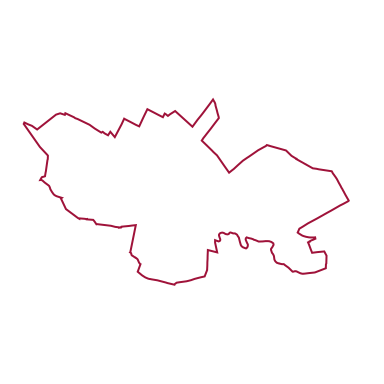 Rūjiena, Rujienas, Latvia, rotated 349°
{"feature_id": "27541924B56820774497213", "entity_name": "Rūjiena", "entity_type": "district", "adm_level": 2, "iso_a3": "LVA", "parent_name": "Latvia", "parent_adm1": "Rujienas", "projection": "mercator", "projection_center": [25.348, 57.894], "detail": "fine", "context": "isolated", "style": "outline", "palette": "rose", "viewbox_px": 384, "rotation_deg": 349, "n_neighbors": 0, "source": "geoboundaries", "source_scale": "gbopen_adm2", "svg_char_len": 5426}
<svg xmlns="http://www.w3.org/2000/svg" viewBox="0 0 384 384"><g transform="rotate(349 192 192)"><path d="M45.3,151.3L46.5,151.4L47.7,152.6L49.2,154.6L52.3,158.0L52.8,158.6L53.1,159.4L53.4,161.0L53.5,162.3L54.5,165.1L55.3,166.9L55.9,168.1L57.1,169.4L58.3,170.3L59.9,171.2L63.1,172.9L62.1,173.4L62.2,173.7L62.9,176.4L65.0,184.7L75.0,195.7L76.3,196.8L76.4,196.4L81.4,197.8L83.4,198.5L83.6,198.5L83.5,198.8L89.7,200.5L90.6,202.1L92.0,205.4L92.3,205.3L95.1,206.2L106.0,209.7L110.0,211.6L113.7,212.8L113.6,213.1L115.4,213.3L115.5,213.0L116.0,213.0L116.2,212.6L116.4,212.6L123.4,213.3L126.9,213.5L130.5,213.8L125.3,226.4L120.0,239.2L119.8,239.4L120.0,239.5L120.2,239.8L120.4,240.1L120.5,240.5L120.6,241.0L120.6,241.9L120.7,242.4L121.0,242.9L121.5,243.3L123.9,245.7L124.0,245.6L124.7,246.3L125.7,247.6L125.9,248.3L126.5,251.1L127.4,253.0L127.6,253.1L123.5,259.9L127.1,264.3L129.7,266.8L129.8,266.9L132.3,268.6L133.5,269.2L134.7,269.6L135.6,270.0L141.2,272.1L149.1,275.9L150.5,276.7L157.0,279.6L157.1,279.3L159.6,278.1L162.6,278.2L169.5,278.6L171.9,278.5L173.3,278.4L173.9,278.4L178.0,277.8L182.6,277.5L184.5,277.4L188.3,277.3L188.5,277.0L191.7,271.9L191.8,271.6L192.0,271.4L192.0,271.2L193.0,267.1L193.7,263.8L194.6,260.3L194.7,259.7L195.4,256.6L196.5,252.0L205.2,256.1L205.0,246.1L205.5,243.7L206.1,244.1L206.8,244.5L207.7,245.0L208.7,245.6L209.8,245.4L210.4,244.9L210.7,243.9L210.6,242.9L210.4,242.0L210.3,240.7L210.2,240.1L210.3,239.4L210.5,238.8L211.0,238.4L211.4,238.0L212.3,237.7L213.2,237.6L214.2,237.7L215.4,238.3L216.5,239.3L217.2,239.8L218.0,240.1L219.0,240.4L220.1,240.2L220.9,239.4L221.6,239.1L222.1,239.1L223.2,239.7L224.5,240.5L226.2,240.8L226.8,241.3L227.8,242.2L228.1,242.6L228.5,243.9L229.3,245.7L229.5,250.0L229.8,253.3L230.4,254.8L231.6,256.1L232.6,256.7L233.5,257.3L234.3,257.7L235.6,257.0L236.5,255.6L236.8,254.1L236.3,252.4L235.9,250.6L235.6,249.0L236.0,247.7L237.0,247.0L238.8,248.0L241.4,249.1L243.2,250.2L243.5,250.6L243.9,250.8L244.5,251.1L244.9,251.3L245.7,251.8L247.9,253.3L249.4,253.6L251.9,254.0L255.2,254.3L258.3,255.0L260.4,256.2L262.0,257.9L262.0,259.4L261.1,260.5L260.1,261.7L258.9,262.7L258.5,263.8L258.6,264.6L258.9,266.9L259.8,268.7L260.2,270.5L260.1,272.4L260.0,273.9L260.2,274.9L260.6,276.0L261.1,276.7L261.6,277.5L261.8,277.6L262.0,277.7L262.0,277.8L262.3,278.0L262.5,278.0L262.8,278.2L262.9,278.3L263.1,278.4L263.2,278.5L263.3,278.5L263.5,278.6L263.8,278.7L263.8,278.8L264.0,278.9L264.2,279.0L264.3,279.0L264.5,279.1L264.8,279.2L264.9,279.3L265.0,279.3L266.3,279.9L267.4,280.2L267.5,280.2L267.9,280.2L268.1,280.3L268.3,280.4L268.5,280.5L268.8,280.8L268.9,281.0L269.0,281.2L272.3,284.7L275.4,289.2L275.6,289.3L275.8,289.5L276.0,289.5L276.3,289.5L276.6,289.5L277.6,289.4L277.9,289.4L278.0,289.4L278.2,289.5L278.3,289.5L278.5,289.5L278.8,289.6L279.0,289.7L279.2,289.8L279.3,289.8L279.5,289.9L281.7,291.6L281.9,291.7L282.0,291.8L282.3,292.0L282.5,292.2L282.7,292.3L282.8,292.4L283.0,292.5L283.3,292.6L283.5,292.8L283.9,292.9L284.0,293.0L284.3,293.1L284.5,293.2L284.8,293.3L285.1,293.4L285.3,293.4L285.6,293.5L285.9,293.5L286.1,293.5L286.6,293.6L291.1,293.9L296.7,294.4L297.5,294.4L308.8,292.4L309.7,288.5L310.2,287.8L311.9,280.2L310.5,275.6L303.3,274.9L298.3,274.6L297.6,270.8L296.8,265.9L296.3,263.6L298.1,263.2L298.0,262.9L298.6,262.7L300.2,262.2L301.1,262.1L304.2,261.4L304.2,260.0L302.9,259.9L300.0,259.3L298.3,258.9L295.3,257.7L293.0,256.5L291.9,255.8L289.2,253.3L288.0,252.0L290.4,248.5L294.0,247.2L299.9,244.9L309.6,241.9L314.4,240.3L320.4,238.3L325.1,236.8L332.1,234.4L332.4,234.3L334.7,233.5L338.3,232.5L343.4,230.9L343.9,230.7L344.2,230.4L343.9,229.4L343.4,228.0L343.1,227.2L342.8,226.2L342.4,225.1L342.0,223.9L341.9,223.5L341.6,222.6L341.3,221.6L341.0,220.5L340.6,219.5L340.3,218.4L340.2,218.0L339.9,217.2L339.6,216.5L339.3,215.5L339.0,214.3L338.6,213.2L338.4,212.5L338.0,211.4L337.8,210.7L337.5,209.7L337.2,208.6L336.9,207.7L336.7,207.0L336.4,206.2L336.0,205.3L335.6,204.3L335.0,203.1L334.6,202.1L334.1,201.2L333.7,200.2L333.5,199.4L333.3,198.8L333.1,198.3L321.6,194.2L321.0,194.0L318.7,193.0L315.1,191.8L300.6,179.5L300.8,179.2L300.3,178.9L296.6,175.5L292.8,170.0L292.4,169.4L292.1,169.1L277.3,161.7L274.4,160.2L273.2,161.0L271.5,161.5L266.9,163.0L265.0,163.6L258.2,166.6L253.8,168.5L253.2,168.7L247.9,171.0L247.4,171.3L246.9,171.6L242.2,174.4L237.2,177.5L236.1,178.0L232.1,180.1L228.6,172.3L223.5,160.7L223.1,160.2L220.6,156.8L219.6,155.2L216.7,151.0L211.4,143.4L213.5,141.2L216.2,138.9L216.5,138.6L222.3,133.6L227.3,129.1L232.4,124.6L232.5,123.5L232.1,119.2L232.0,116.8L231.6,112.0L231.6,110.9L231.7,110.4L231.6,109.4L231.4,108.4L231.0,107.3L230.3,105.2L226.0,109.2L218.7,115.8L216.9,117.4L214.8,119.2L211.3,122.1L204.9,128.0L195.4,115.3L190.9,109.3L185.5,111.4L182.9,112.7L180.9,110.4L180.2,109.8L177.7,113.0L173.6,109.8L169.2,106.3L164.5,102.6L164.0,102.2L159.4,108.3L156.9,111.7L156.7,112.0L152.7,117.5L149.9,115.5L144.8,111.4L139.6,107.3L139.4,107.1L135.8,112.1L126.7,123.4L123.3,117.3L120.4,120.3L117.5,117.9L115.8,115.9L114.3,116.4L108.7,111.2L104.3,106.5L93.6,98.5L92.4,97.8L91.5,97.3L90.4,96.1L82.7,90.5L81.9,92.0L77.6,89.6L73.3,90.1L62.6,95.6L51.9,101.1L47.5,96.5L44.2,94.4L40.7,91.8L39.8,93.1L40.6,94.8L51.3,118.8L57.2,128.2L57.5,128.9L57.2,130.0L56.7,132.2L56.2,133.1L52.4,144.1L52.1,144.7L50.7,148.5L49.2,148.7L48.8,148.7L48.1,148.7L47.9,148.8L47.5,148.8L47.1,149.2L46.7,149.6L46.3,150.1L46.1,150.3L45.3,151.3Z" fill="none" stroke="#9f1239" stroke-width="2"/></g></svg>